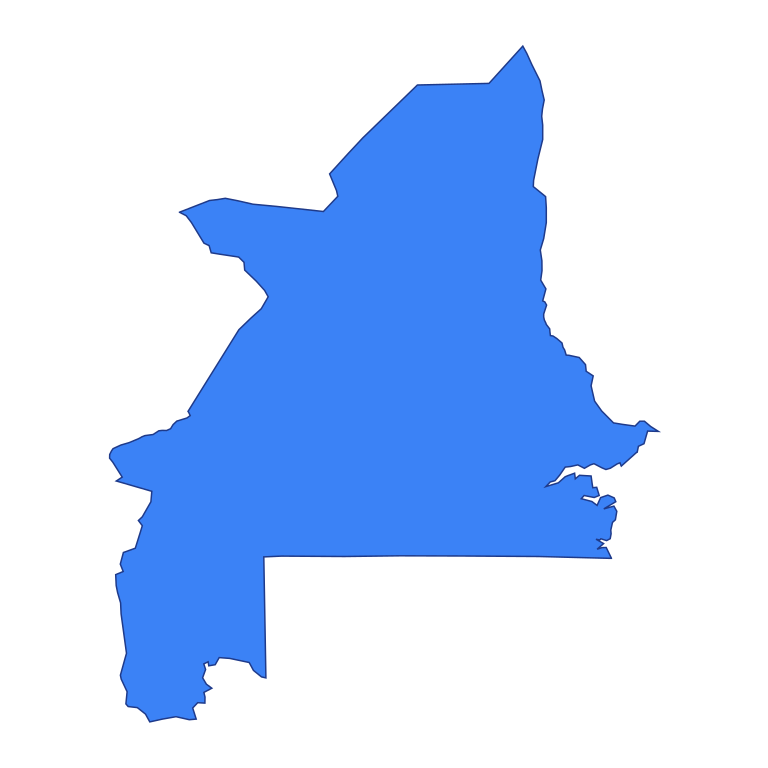 Kiffa, Assaba, Mauritania (Albers equal-area conic projection)
{"feature_id": "47542326B84598403271907", "entity_name": "Kiffa", "entity_type": "district", "adm_level": 2, "iso_a3": "MRT", "parent_name": "Mauritania", "parent_adm1": "Assaba", "projection": "albers", "projection_center": [-11.344, 16.693], "detail": "fine", "context": "isolated", "style": "filled", "palette": "blue", "viewbox_px": 768, "rotation_deg": 0, "n_neighbors": 0, "source": "geoboundaries", "source_scale": "gbopen_adm2", "svg_char_len": 2921}
<svg xmlns="http://www.w3.org/2000/svg" viewBox="0 0 768 768"><path d="M125.1,658.2L120.4,675.2L121.2,679.1L127.1,691.7L125.9,703.9L128.1,706.5L128.6,706.6L137.3,707.6L145.5,714.1L149.8,721.9L162.4,719.1L176.0,716.7L189.3,719.7L196.2,719.1L192.7,708.0L197.7,702.7L204.9,703.1L205.0,697.0L203.9,692.4L211.8,688.2L206.4,684.2L202.6,677.8L205.6,669.5L203.8,663.9L208.1,661.8L208.8,665.8L215.2,664.7L219.2,657.6L229.7,658.4L249.2,662.5L253.5,670.5L261.5,676.9L265.9,677.9L263.8,556.9L281.6,556.1L344.3,556.5L400.1,555.8L462.9,556.0L538.6,556.5L608.8,558.3L611.4,558.3L611.4,558.2L606.2,547.5L602.1,547.6L597.1,549.2L603.6,543.6L596.0,539.2L599.7,540.0L600.9,538.8L606.6,540.6L610.2,538.7L611.1,533.8L610.8,530.1L612.5,522.4L615.4,519.8L616.8,511.3L613.9,506.1L603.8,508.9L606.4,507.3L615.8,501.7L614.2,497.9L607.9,495.1L605.0,496.1L600.6,497.6L597.1,505.4L591.9,501.5L581.3,498.7L584.1,495.5L594.2,497.5L599.2,495.5L596.7,487.3L592.8,487.7L592.1,483.3L591.1,476.0L579.5,475.3L575.3,478.8L574.6,473.2L567.7,475.7L565.1,476.8L558.4,482.8L545.8,486.6L550.2,482.0L555.0,480.7L559.7,475.1L565.2,467.1L570.7,466.5L577.8,464.9L584.4,468.3L590.4,464.9L594.0,463.7L601.9,467.8L605.9,469.5L610.4,468.2L617.2,463.9L620.0,462.8L620.7,464.8L621.3,466.1L636.8,452.2L637.2,452.2L637.9,448.8L638.4,446.3L644.0,443.7L647.6,431.1L658.4,431.4L650.7,426.5L644.4,421.2L639.8,421.2L635.0,426.1L622.7,424.4L613.5,422.9L601.7,411.0L594.6,401.1L592.3,391.1L591.1,385.8L593.2,375.9L586.2,371.3L585.5,364.6L579.2,357.5L569.0,355.3L566.2,355.1L565.4,352.5L564.6,349.9L563.0,347.3L562.0,343.0L556.9,338.6L553.0,336.0L550.4,335.6L549.9,331.6L549.7,328.9L546.2,324.3L546.0,323.4L544.4,320.1L543.7,317.0L543.7,314.0L546.6,305.1L544.8,301.9L542.7,300.9L545.9,288.9L540.7,280.1L542.0,270.7L542.0,270.4L541.9,260.8L540.3,250.0L543.7,238.6L546.3,222.6L546.3,207.8L545.6,196.6L533.3,186.6L533.6,180.4L537.9,158.9L542.7,139.5L542.7,125.1L541.7,116.3L542.5,108.8L544.2,100.0L541.9,90.2L540.0,80.9L531.8,64.5L526.8,53.4L522.8,46.1L489.0,83.4L417.4,85.0L362.8,137.9L348.4,153.3L329.6,173.9L336.5,190.6L337.8,196.3L323.4,211.5L276.4,206.4L252.9,204.2L237.5,200.7L225.3,198.3L217.3,199.6L209.5,200.5L179.5,212.2L179.5,212.3L186.2,215.7L191.4,222.5L204.0,243.2L209.1,245.6L211.2,252.8L219.2,254.1L236.4,256.7L238.7,257.1L244.0,262.3L244.7,270.1L256.2,281.1L264.6,290.4L268.2,296.8L261.3,308.7L250.8,318.2L238.9,329.7L188.0,411.4L188.7,412.4L190.2,415.6L186.9,418.0L176.8,421.1L173.1,424.6L170.6,428.7L166.6,430.5L162.2,430.4L158.8,430.8L153.1,434.5L144.9,435.6L141.7,436.9L140.6,437.6L138.3,438.8L128.9,442.7L121.0,445.0L113.1,448.6L111.5,450.9L109.7,454.5L109.6,458.2L112.8,462.2L122.2,477.1L116.3,481.0L151.8,491.3L150.9,501.8L142.3,516.8L138.4,520.5L142.3,525.7L140.2,532.6L135.3,548.2L123.4,552.5L120.3,564.1L123.2,571.5L115.7,574.6L116.2,585.6L117.6,592.6L120.6,602.9L121.1,613.9L126.5,653.3L125.1,658.2Z" fill="#3b82f6" stroke="#1e3a8a" stroke-width="1.5"/></svg>